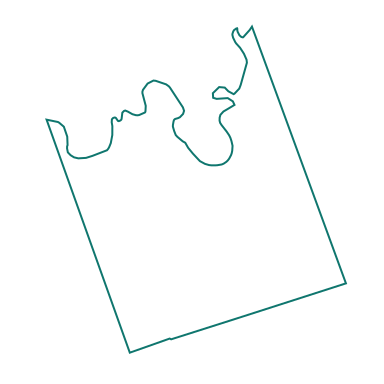 outline of Cooke, Texas, United States of America, rotated 340°
{"feature_id": "52423323B51849349717412", "entity_name": "Cooke", "entity_type": "district", "adm_level": 2, "iso_a3": "USA", "parent_name": "United States of America", "parent_adm1": "Texas", "projection": "natural_earth1", "projection_center": [-97.188, 33.686], "detail": "fine", "context": "isolated", "style": "outline", "palette": "teal", "viewbox_px": 384, "rotation_deg": 340, "n_neighbors": 0, "source": "geoboundaries", "source_scale": "gbopen_adm2", "svg_char_len": 1734}
<svg xmlns="http://www.w3.org/2000/svg" viewBox="0 0 384 384"><g transform="rotate(340 192 192)"><path d="M122.0,323.3L190.1,326.1L305.4,330.5L304.9,57.1L301.6,59.5L293.2,64.0L292.7,64.1L291.4,63.2L290.2,61.0L289.7,57.2L289.8,55.8L290.4,54.1L290.4,53.6L289.5,53.5L286.8,54.3L285.6,55.3L284.2,57.1L283.7,58.1L283.4,61.0L283.9,65.9L284.3,67.5L286.5,72.9L288.1,79.9L288.5,86.4L287.8,89.3L274.4,108.0L271.8,111.0L265.6,114.1L264.6,114.3L260.6,109.8L258.5,105.1L253.4,102.7L245.4,106.3L244.1,110.7L247.0,112.9L257.7,116.0L261.4,120.8L261.7,124.7L253.5,126.3L249.1,127.1L245.1,129.2L243.4,131.6L242.3,134.4L242.1,136.7L242.7,139.3L245.2,147.0L246.3,151.4L246.6,154.2L246.5,157.7L245.9,162.5L243.9,167.0L242.6,169.1L241.3,170.7L238.3,173.4L236.4,174.6L234.6,175.4L231.4,176.2L229.3,176.3L224.5,175.4L219.6,173.7L217.2,172.5L213.8,170.0L210.0,165.7L206.0,156.3L203.5,149.2L202.5,143.4L200.6,141.2L197.1,135.1L196.2,132.9L196.1,128.7L196.4,124.0L197.0,122.5L198.6,119.7L199.5,118.4L200.2,117.9L201.1,117.6L204.2,117.8L206.2,117.6L210.3,115.6L212.3,113.0L212.4,109.4L207.0,86.4L206.4,84.8L204.5,82.0L195.9,75.1L193.9,74.1L187.4,74.9L180.9,79.2L179.7,80.8L179.2,82.2L178.0,95.2L175.9,100.2L175.3,101.0L174.9,101.2L168.6,101.6L167.1,101.3L165.5,100.6L162.6,98.5L159.2,94.5L157.1,92.6L155.8,92.6L153.7,93.6L150.8,99.3L150.2,99.9L149.2,100.3L147.5,100.4L146.7,99.8L145.8,96.4L145.3,95.8L144.6,95.5L143.1,95.5L141.6,96.3L140.4,99.0L139.7,102.8L136.6,111.2L132.4,118.3L129.5,121.5L128.1,122.7L126.4,123.7L110.8,124.0L104.1,123.7L96.7,121.5L93.0,119.1L90.5,115.9L88.9,112.3L89.5,108.3L90.3,106.3L91.1,105.4L93.7,97.3L93.9,86.8L90.9,81.5L90.0,80.4L80.1,74.3L78.6,321.7L120.9,322.1L122.0,323.3Z" fill="none" stroke="#0f766e" stroke-width="2"/></g></svg>